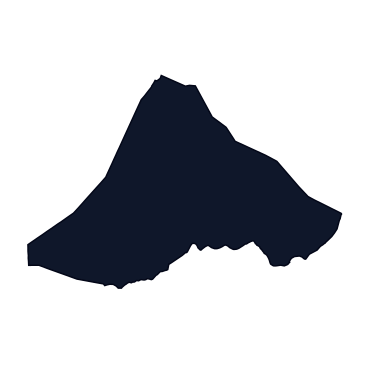 outline of Yogana, Oaxaca, Mexico, rotated 191°
{"feature_id": "50627088B88904238458038", "entity_name": "Yogana", "entity_type": "district", "adm_level": 2, "iso_a3": "MEX", "parent_name": "Mexico", "parent_adm1": "Oaxaca", "projection": "robinson", "projection_center": [-96.801, 16.439], "detail": "fine", "context": "isolated", "style": "filled", "palette": "ink", "viewbox_px": 384, "rotation_deg": 191, "n_neighbors": 0, "source": "geoboundaries", "source_scale": "gbopen_adm2", "svg_char_len": 2918}
<svg xmlns="http://www.w3.org/2000/svg" viewBox="0 0 384 384"><g transform="rotate(191 192 192)"><path d="M338.3,88.9L332.7,90.0L328.2,90.9L318.1,89.2L302.4,86.8L288.4,84.6L267.7,84.8L261.4,84.9L259.8,83.5L257.8,84.6L255.0,85.8L251.7,86.3L248.4,85.2L246.1,83.6L243.0,84.2L242.9,84.2L242.4,85.2L240.4,87.8L238.9,89.2L238.1,90.2L236.7,91.3L236.1,91.4L235.4,91.4L234.6,91.3L234.0,91.4L233.3,92.2L232.9,92.3L231.8,92.5L231.4,92.7L230.9,93.1L229.7,94.4L229.2,94.6L228.0,94.6L227.8,94.6L227.3,94.8L226.6,95.3L225.7,96.1L225.3,96.3L223.5,96.4L222.2,96.5L221.0,97.0L220.6,97.2L219.7,98.3L219.3,98.4L218.7,98.3L217.7,98.5L216.8,98.4L215.3,98.2L214.9,98.4L214.0,99.0L211.4,103.4L210.3,104.3L208.2,107.5L208.0,107.8L206.1,108.3L203.5,109.8L202.1,110.4L201.0,111.2L201.0,111.4L201.0,116.7L200.8,116.7L199.0,118.4L195.6,121.8L193.6,123.8L189.5,127.9L186.7,131.4L185.8,131.5L185.2,132.3L183.2,139.1L182.0,141.5L181.5,141.8L179.5,142.0L178.5,141.8L176.9,140.5L176.2,139.5L175.4,138.3L172.8,136.6L172.0,136.8L171.1,138.1L168.5,141.0L166.6,142.5L165.3,142.6L162.3,141.2L159.2,140.7L158.3,140.8L156.6,141.2L154.1,142.5L152.0,144.1L150.1,145.9L148.9,146.4L147.7,146.2L146.6,145.9L144.3,144.6L141.1,143.7L140.3,143.6L138.9,143.9L137.1,144.5L135.3,145.7L131.8,149.0L129.8,151.1L128.9,151.3L128.2,151.8L126.9,153.1L125.9,153.8L124.8,154.7L123.0,155.7L122.0,155.7L120.7,154.5L119.9,153.4L118.9,153.0L118.2,152.2L116.4,151.7L115.3,151.2L113.8,149.3L113.1,149.2L111.6,147.7L109.7,146.1L109.4,145.5L107.9,145.1L106.3,144.1L104.5,142.0L103.2,140.1L102.0,137.7L101.1,136.3L98.8,135.3L97.9,135.1L96.0,135.4L94.7,135.8L91.0,137.1L87.3,137.1L84.7,138.8L84.7,139.2L84.0,139.5L83.8,139.8L83.1,141.2L82.7,141.6L83.2,142.6L81.8,145.9L79.1,148.2L74.3,149.7L71.6,149.2L68.9,147.7L67.6,147.8L66.7,149.6L65.7,151.8L64.9,153.4L58.1,158.9L56.1,162.4L55.4,163.4L53.5,165.2L52.1,166.9L51.6,167.2L51.5,167.5L51.2,168.1L49.3,170.7L46.3,175.0L44.3,179.1L42.6,183.4L42.0,192.2L41.5,194.0L41.4,197.7L41.0,198.9L41.5,199.5L70.7,207.6L77.3,209.7L88.3,217.6L114.6,238.3L126.9,242.1L159.4,250.0L160.5,251.2L161.5,252.3L170.9,262.0L186.7,269.6L187.0,270.1L209.0,296.8L214.8,296.2L218.7,294.6L227.0,296.5L231.4,297.5L233.6,298.0L244.4,300.5L244.9,297.4L245.7,296.5L247.6,294.4L249.5,294.5L250.2,292.1L251.6,288.6L251.8,288.2L251.7,287.5L255.1,280.9L257.0,277.1L258.8,274.0L259.4,273.0L260.5,268.5L261.9,262.8L264.4,252.4L268.8,234.2L270.4,227.5L271.7,222.1L272.1,220.5L272.5,219.0L273.2,216.2L273.8,213.5L274.7,209.9L276.0,204.3L276.9,200.7L278.7,193.3L279.5,189.9L279.8,189.5L280.8,187.8L283.8,182.7L286.4,178.4L289.4,173.4L292.7,167.9L300.7,154.4L304.3,148.6L308.7,144.1L314.8,137.7L317.5,135.1L320.0,132.5L324.1,128.3L326.7,125.7L330.5,121.7L335.1,117.1L337.6,114.5L339.0,113.1L343.0,109.0L342.9,108.5L342.7,107.6L342.3,105.8L342.0,104.2L341.6,102.3L340.8,99.4L340.6,98.9L340.1,95.8L339.2,92.6L338.3,88.9Z" fill="#0f172a" stroke="#020617" stroke-width="1.5"/></g></svg>